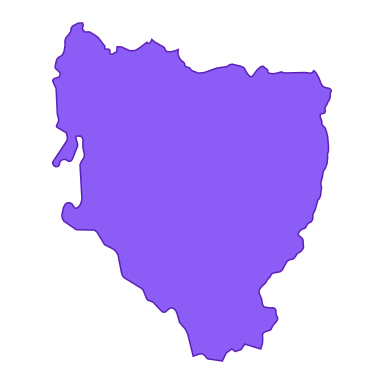 Huesca, Equal Earth projection
{"feature_id": "ESP-5825", "entity_name": "Huesca", "entity_type": "Autonomous Community", "adm_level": 1, "iso_a3": "ESP", "parent_name": "Spain", "parent_adm1": "", "projection": "equal_earth", "projection_center": [-0.025, 42.135], "detail": "fine", "context": "isolated", "style": "filled", "palette": "violet", "viewbox_px": 384, "rotation_deg": 0, "n_neighbors": 0, "source": "natural_earth", "source_scale": "10m", "svg_char_len": 4198}
<svg xmlns="http://www.w3.org/2000/svg" viewBox="0 0 384 384"><path d="M82.6,23.0L83.2,24.7L83.1,26.2L82.6,27.2L82.4,28.3L83.3,30.3L85.0,31.9L86.6,32.1L88.2,31.8L89.9,32.1L95.5,35.5L98.4,37.8L104.7,46.0L105.0,46.9L104.6,47.9L104.6,48.7L105.7,49.1L108.4,49.1L109.1,49.4L110.0,50.6L109.8,52.0L109.8,53.3L111.3,54.3L112.6,54.1L115.4,52.3L116.8,51.8L117.1,46.7L121.3,46.9L130.2,50.8L135.2,50.5L139.1,48.2L147.0,42.2L148.5,43.6L149.8,43.1L150.9,41.5L151.8,39.4L154.3,41.6L154.7,41.9L164.2,47.4L166.2,51.4L170.6,51.9L175.3,50.7L178.3,49.5L177.9,53.2L178.9,56.9L180.8,60.1L183.5,62.2L184.5,63.4L184.8,64.9L185.2,66.3L186.9,67.0L189.0,67.6L190.2,68.6L190.9,69.7L191.9,70.6L198.4,73.1L204.1,72.6L216.7,68.1L226.8,66.6L229.9,64.6L232.5,64.2L241.3,66.4L243.9,67.7L247.4,73.7L250.0,76.6L252.4,76.3L257.0,70.0L260.0,67.2L262.9,66.1L267.5,69.9L267.8,70.6L267.8,71.5L267.9,72.3L268.7,73.1L272.0,73.7L275.2,73.5L281.5,71.9L284.2,73.0L304.7,72.5L310.5,73.2L312.6,72.5L313.7,70.7L315.7,72.3L318.9,78.0L321.2,84.0L322.5,85.8L324.0,87.0L325.4,87.6L328.8,88.2L330.6,89.2L331.1,90.1L331.2,91.1L330.6,92.4L330.4,93.6L330.2,96.6L330.0,97.9L329.7,98.9L329.3,99.8L328.5,101.0L327.6,102.8L326.8,104.7L326.0,105.5L325.5,106.8L324.9,108.6L325.4,110.9L324.9,112.1L324.9,112.7L324.2,113.1L323.6,113.4L322.9,113.5L321.7,113.6L320.6,114.4L320.1,116.2L320.5,117.7L321.3,119.5L321.7,121.1L321.8,123.4L322.4,125.0L323.1,125.9L323.7,126.4L324.4,127.1L325.4,128.5L326.3,131.2L327.6,136.3L328.4,145.5L328.5,149.6L328.3,151.7L327.4,154.5L327.6,155.5L327.6,158.3L327.2,162.1L327.0,163.6L325.6,167.6L324.4,169.7L323.7,170.6L323.3,171.6L322.1,178.4L321.5,179.9L321.1,182.0L320.7,184.3L321.1,185.5L321.6,187.7L321.2,189.9L320.7,194.5L320.1,196.9L319.2,198.8L317.7,200.0L317.6,201.1L315.1,209.9L312.8,214.6L312.8,216.1L313.0,217.7L312.3,220.1L311.5,221.3L310.8,222.1L309.0,222.8L307.8,223.8L307.0,224.9L305.8,227.2L305.1,228.1L304.0,228.7L302.6,228.9L301.2,229.8L299.9,231.0L298.9,232.4L298.2,233.7L298.4,235.0L300.7,237.1L302.1,238.1L302.7,239.1L303.1,240.5L303.5,247.6L302.8,249.1L301.8,250.3L300.7,251.7L299.4,252.3L297.0,253.9L295.6,256.3L294.4,257.9L292.9,259.0L289.8,259.7L288.5,260.2L287.6,261.0L286.8,261.8L284.7,265.4L283.0,268.9L281.6,270.7L279.9,271.8L274.3,272.8L273.0,273.2L271.9,273.8L271.3,274.6L270.3,276.2L269.9,277.3L268.7,278.2L267.6,279.5L265.4,283.1L261.4,286.7L259.1,290.2L259.1,291.9L259.3,293.6L261.6,298.9L262.4,303.7L262.9,305.4L263.8,306.6L265.2,307.3L270.2,307.9L272.0,307.7L273.6,307.9L274.9,308.5L275.9,310.3L275.9,311.9L276.0,313.6L276.5,315.2L277.2,316.7L277.8,318.6L277.3,320.0L276.5,321.3L273.3,325.1L272.4,326.4L271.8,327.7L271.4,328.5L271.4,328.9L271.1,329.4L270.6,329.9L269.4,330.4L264.6,332.0L262.9,333.5L262.5,334.7L262.7,338.9L262.5,343.1L260.8,349.0L244.7,344.1L241.1,349.6L235.1,351.5L231.9,348.9L226.2,353.0L222.4,361.0L208.0,358.9L206.8,358.2L204.8,355.6L202.4,353.9L199.3,354.0L193.2,356.2L187.7,334.0L185.4,329.2L179.6,322.5L177.1,313.7L175.9,310.9L174.1,308.9L172.1,307.9L170.1,308.1L165.2,312.0L164.1,312.3L162.1,311.7L152.9,302.0L147.9,300.2L146.7,298.9L143.1,290.0L141.8,288.6L124.0,277.6L122.5,275.7L121.6,273.4L118.1,255.1L116.0,251.6L113.3,249.1L104.5,244.6L97.1,232.2L94.5,230.1L76.3,229.7L63.9,221.2L62.2,218.0L61.9,214.6L63.5,207.6L64.9,204.8L65.9,203.7L67.0,203.0L68.3,202.7L69.7,202.8L71.0,203.3L72.1,204.1L74.6,207.8L75.8,208.3L78.2,207.3L80.1,204.9L81.4,201.8L81.9,198.7L80.0,164.8L81.3,161.6L83.8,157.8L84.3,156.3L84.3,154.0L82.8,147.0L83.0,139.6L82.1,137.5L81.2,136.5L80.4,136.1L76.4,136.1L76.0,136.7L76.0,138.1L77.6,144.2L77.6,146.1L72.3,159.3L71.6,160.3L70.7,161.1L69.3,161.4L68.2,161.1L66.0,159.7L64.5,159.4L62.9,159.6L61.3,160.3L60.2,161.5L59.1,165.3L57.7,166.6L55.7,166.7L53.9,165.7L52.8,163.9L52.8,161.9L66.7,141.0L67.4,138.5L67.3,136.9L66.2,132.7L57.0,127.3L56.5,126.6L56.5,125.7L58.4,121.8L58.6,120.3L58.6,118.9L57.3,114.0L56.1,88.5L52.8,81.4L52.8,80.3L53.3,79.4L54.1,78.6L57.8,77.5L59.4,76.5L60.2,74.4L59.7,72.3L55.4,68.4L55.1,66.6L56.3,60.8L57.6,58.1L58.6,57.3L60.7,56.2L62.4,54.9L64.1,51.3L65.1,44.9L64.9,41.5L65.2,39.8L65.9,37.9L70.4,32.2L71.0,30.9L70.8,29.4L71.4,27.8L72.5,26.1L78.2,23.1L82.5,23.0L82.6,23.0Z" fill="#8b5cf6" stroke="#5b21b6" stroke-width="1.5"/></svg>